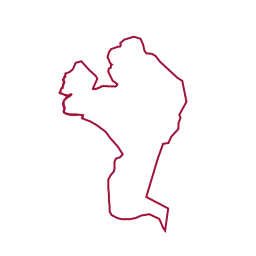 the district of Bakassi, Cross River, Nigeria, rotated 118°
{"feature_id": "59680162B77398299052023", "entity_name": "Bakassi", "entity_type": "district", "adm_level": 2, "iso_a3": "NGA", "parent_name": "Nigeria", "parent_adm1": "Cross River", "projection": "robinson", "projection_center": [8.508, 4.793], "detail": "fine", "context": "isolated", "style": "outline", "palette": "rose", "viewbox_px": 256, "rotation_deg": 118, "n_neighbors": 0, "source": "geoboundaries", "source_scale": "gbopen_adm2", "svg_char_len": 4124}
<svg xmlns="http://www.w3.org/2000/svg" viewBox="0 0 256 256"><g transform="rotate(118 128 128)"><path d="M51.5,137.3L51.3,141.6L53.4,146.8L52.0,149.8L47.4,153.7L43.4,158.7L44.5,165.2L45.3,166.4L51.8,172.8L56.8,174.7L58.3,173.2L59.8,173.2L60.8,174.9L66.2,179.9L69.7,180.4L75.1,179.3L79.3,173.8L79.6,172.0L80.6,172.5L82.9,171.5L84.6,172.8L87.5,171.9L93.4,163.9L94.2,158.1L95.5,157.7L97.4,158.7L97.8,159.4L98.0,160.7L98.7,161.3L99.7,163.7L100.6,165.0L100.8,166.3L101.6,167.1L102.2,169.3L102.7,169.5L103.3,170.6L104.1,170.8L104.5,171.7L105.6,171.9L106.7,173.2L107.7,173.6L107.9,174.3L108.8,174.9L109.2,176.0L109.8,176.2L110.0,177.1L109.9,177.3L109.8,177.5L98.9,178.2L97.1,181.1L95.0,189.4L91.0,200.6L95.0,204.8L101.8,204.2L105.9,205.8L109.4,208.9L111.9,207.6L111.9,207.8L112.1,207.8L112.1,208.0L112.9,208.0L113.0,208.2L113.4,208.0L113.4,207.8L113.6,207.8L113.6,208.0L115.3,208.0L115.7,208.2L115.9,208.0L115.9,207.4L116.3,207.4L116.3,207.2L116.5,207.2L116.5,206.9L116.7,206.5L116.9,206.5L116.9,206.3L117.0,206.3L117.2,206.1L117.3,206.1L117.6,206.1L117.6,205.9L117.8,205.8L117.8,205.6L118.1,205.6L118.2,205.9L119.1,205.9L119.1,205.6L119.9,205.6L119.9,205.4L120.9,205.4L120.9,205.2L121.2,205.2L122.0,205.0L122.0,204.9L122.4,204.8L122.4,205.0L122.6,205.0L122.6,204.8L122.8,204.8L123.0,204.7L123.0,205.0L123.7,205.0L124.1,205.2L124.1,205.4L125.1,205.4L125.1,205.2L126.0,205.2L127.4,205.0L127.4,204.8L127.7,204.8L127.7,205.0L128.5,205.0L128.5,204.8L128.9,204.8L128.9,204.6L129.1,204.6L129.1,203.9L128.9,203.9L128.9,203.6L128.9,203.3L128.7,203.3L128.7,202.8L128.5,199.8L128.7,199.4L128.5,198.9L128.3,198.9L128.3,198.3L128.1,198.3L128.1,197.4L127.9,197.4L127.9,196.6L127.5,196.6L127.5,196.3L127.7,196.1L127.5,195.9L127.4,195.9L127.4,195.7L127.2,195.7L127.0,195.3L126.8,195.3L126.8,195.0L126.2,195.0L126.2,194.8L126.0,194.6L125.6,194.6L125.6,194.4L125.3,194.4L125.3,194.2L125.1,194.2L124.9,194.0L124.9,193.7L125.4,193.7L125.4,194.0L126.0,194.0L126.4,194.2L126.4,194.4L126.8,194.4L126.8,194.6L127.2,194.6L127.2,194.8L127.5,194.8L127.5,195.0L127.7,195.3L127.9,195.3L127.9,195.5L128.6,195.5L128.9,195.5L129.1,195.7L129.1,195.9L129.3,195.9L129.3,196.1L129.8,196.1L129.8,196.3L130.2,196.3L130.2,196.6L130.4,196.6L130.4,196.8L131.6,196.8L131.6,197.0L132.7,197.0L133.5,197.2L133.5,197.4L134.0,197.4L134.0,197.2L135.9,197.2L135.9,196.8L136.7,196.8L136.7,196.6L137.1,196.6L137.1,196.3L137.3,196.3L137.3,196.1L137.7,196.1L137.7,195.9L137.8,195.9L137.8,195.7L138.2,195.7L138.4,195.5L138.4,195.3L138.6,195.3L138.6,195.0L138.8,195.0L138.8,194.8L139.0,194.8L139.0,194.6L139.2,194.4L139.4,194.4L139.4,194.2L139.8,194.2L139.9,193.7L140.1,193.7L140.3,193.5L140.3,193.3L140.9,193.3L140.9,193.1L141.3,193.1L141.3,192.9L142.4,192.9L142.4,192.7L142.7,192.7L143.2,192.7L143.2,192.4L143.6,192.4L143.6,192.2L144.0,192.2L144.3,192.0L144.3,191.1L144.5,191.1L144.5,190.9L144.3,190.9L144.3,190.1L144.3,189.9L144.5,189.9L144.5,189.2L144.3,189.2L144.3,188.6L144.1,188.6L144.1,188.3L144.0,187.5L143.8,187.5L143.8,187.0L143.6,187.0L143.6,186.8L143.8,186.8L143.8,186.2L143.6,186.2L143.6,185.5L143.4,185.5L143.4,185.3L143.2,185.3L143.2,184.9L143.0,184.4L142.8,184.4L142.8,184.2L142.6,184.2L142.6,183.8L142.4,183.8L142.4,183.4L142.2,183.4L142.2,182.5L141.9,182.5L141.9,182.3L141.7,182.3L141.7,181.8L141.5,181.4L141.3,181.4L141.3,181.2L141.1,181.2L141.1,180.8L140.9,180.8L140.9,180.6L140.7,180.6L140.7,179.9L140.5,179.7L140.3,179.7L140.3,179.3L140.1,179.3L140.1,179.0L139.9,179.0L137.8,173.8L138.2,173.8L138.2,173.6L139.2,173.6L139.2,173.4L139.9,173.4L139.9,173.2L140.9,173.2L141.0,173.0L139.9,164.1L140.2,156.5L141.9,145.8L143.7,142.0L145.0,139.6L149.2,128.3L153.7,120.3L157.6,121.3L160.7,124.3L164.4,124.0L169.4,121.2L170.7,120.6L173.3,120.1L177.4,121.1L182.7,121.2L190.3,117.2L195.9,113.5L200.5,111.1L201.2,110.6L205.2,107.8L210.6,104.8L212.6,101.4L212.5,95.1L211.4,90.6L207.8,83.8L203.9,79.0L199.0,75.1L194.1,68.7L193.6,57.7L199.9,49.8L201.2,47.1L180.2,54.7L180.3,79.5L140.7,87.4L125.5,89.6L122.3,85.3L115.4,85.7L105.2,83.1L100.2,85.6L94.4,86.4L92.2,88.9L77.4,88.7L60.9,102.2L60.5,107.9L54.4,131.0L51.5,137.3Z" fill="none" stroke="#9f1239" stroke-width="2"/></g></svg>